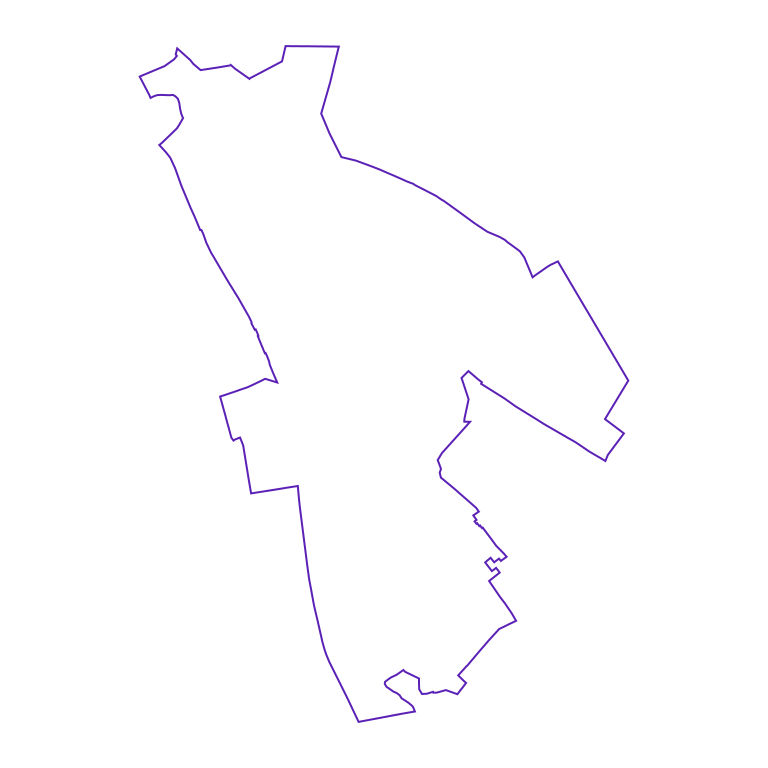 Dobele, Dobele, Latvia
{"feature_id": "27541924B14429265035734", "entity_name": "Dobele", "entity_type": "district", "adm_level": 2, "iso_a3": "LVA", "parent_name": "Latvia", "parent_adm1": "Dobele", "projection": "albers", "projection_center": [23.281, 56.623], "detail": "fine", "context": "isolated", "style": "outline", "palette": "violet", "viewbox_px": 768, "rotation_deg": 0, "n_neighbors": 0, "source": "geoboundaries", "source_scale": "gbopen_adm2", "svg_char_len": 4277}
<svg xmlns="http://www.w3.org/2000/svg" viewBox="0 0 768 768"><path d="M607.8,455.0L623.9,433.4L605.0,419.1L607.5,415.0L608.8,412.8L617.6,398.3L628.3,380.6L592.3,319.7L580.8,300.3L571.1,283.9L568.7,279.8L559.8,264.7L559.6,264.4L557.9,261.4L552.8,263.8L550.8,264.7L547.2,266.9L535.2,275.3L532.6,277.3L524.3,257.4L519.8,251.2L511.4,245.0L507.6,242.3L504.9,239.9L499.3,236.8L490.1,232.9L488.6,232.3L488.1,232.1L487.8,231.9L487.3,231.7L474.3,223.1L461.1,213.4L443.2,200.5L442.0,200.0L436.0,195.9L424.6,190.0L415.2,185.2L413.8,184.2L413.2,183.8L409.1,182.3L406.6,181.3L399.7,178.2L385.8,172.2L379.9,169.6L371.9,166.5L355.9,160.6L341.4,157.1L329.5,133.4L321.2,113.6L330.3,81.9L334.1,65.7L338.8,46.6L310.7,46.3L293.4,46.2L285.6,46.1L282.0,61.4L249.9,78.3L249.5,78.9L236.6,69.8L235.5,69.1L230.7,64.9L230.3,65.4L217.0,67.6L200.6,70.1L193.3,63.9L190.2,60.0L177.2,48.4L175.7,54.5L176.9,55.9L174.0,59.4L171.6,61.1L168.1,63.6L164.6,66.1L143.6,74.9L139.7,76.6L149.3,95.0L150.0,96.6L150.1,96.9L150.5,97.9L154.0,96.2L157.3,95.1L161.8,94.9L165.5,95.1L169.9,95.2L172.9,94.9L175.4,96.3L177.9,98.8L179.3,103.1L180.1,108.8L181.3,113.9L182.8,117.6L183.1,118.0L182.2,119.6L179.2,124.9L176.8,128.5L167.4,137.6L162.1,142.7L159.3,145.0L165.7,152.0L169.1,156.2L170.4,158.0L172.4,162.3L174.2,166.3L174.9,167.6L181.2,185.3L190.3,207.2L194.8,217.1L200.2,230.1L201.4,230.0L203.2,233.8L206.3,242.7L209.4,249.2L211.2,252.9L213.4,256.5L218.9,265.9L227.9,281.2L238.5,298.3L246.2,311.9L248.9,316.6L251.6,322.2L251.4,323.4L251.5,323.5L254.0,328.3L254.8,329.8L255.7,329.4L257.1,332.5L258.4,335.8L257.8,336.1L259.3,339.9L261.2,344.4L261.3,344.8L263.0,348.7L263.3,349.6L264.9,353.3L265.6,353.0L267.1,356.2L269.1,361.5L269.9,365.2L270.6,366.8L273.3,373.5L276.4,380.6L277.2,382.5L265.2,378.8L262.2,380.3L259.6,381.6L256.2,383.2L255.0,383.8L253.7,384.4L251.2,385.6L247.4,387.3L245.4,388.0L240.0,389.8L236.7,391.0L232.3,392.5L230.7,393.0L229.0,393.6L225.8,394.7L222.7,395.7L220.1,396.6L222.6,405.5L223.1,407.4L224.1,411.0L225.5,416.0L226.1,418.4L227.6,423.9L228.3,426.3L229.3,430.0L230.2,433.4L231.4,437.7L233.5,440.6L234.7,439.7L240.0,437.5L241.6,441.4L243.2,445.5L244.6,454.1L247.5,472.0L248.6,478.8L251.1,493.4L280.2,488.8L286.8,487.7L297.8,486.0L299.0,499.1L299.2,501.1L299.9,507.5L300.0,508.3L303.2,533.5L306.0,555.5L306.9,562.8L309.1,578.9L310.0,583.7L311.0,589.0L313.5,602.7L314.1,605.8L315.1,610.1L315.7,612.7L317.6,620.7L322.6,642.7L324.6,649.7L326.1,654.2L329.1,661.4L330.0,663.4L330.3,663.9L347.4,698.2L358.6,721.9L362.2,721.2L401.5,713.8L413.2,711.8L414.1,711.6L414.9,711.5L413.3,707.6L412.9,706.9L412.5,706.2L408.5,702.8L401.6,698.3L399.6,695.2L396.6,693.0L393.2,691.5L389.6,688.9L386.5,686.8L384.8,683.9L385.0,681.9L387.8,679.7L390.9,677.5L396.6,674.8L403.4,670.0L405.1,671.8L419.0,678.5L419.0,683.8L419.2,689.3L422.0,694.0L427.0,693.7L433.0,691.8L433.3,692.7L436.5,692.7L445.8,690.1L446.2,690.2L449.8,691.5L453.8,692.9L457.4,694.2L460.9,689.6L462.0,688.3L465.5,683.7L466.1,683.0L463.2,680.3L458.2,675.4L461.6,671.6L465.7,667.1L466.1,666.5L467.2,665.7L476.4,654.8L482.2,648.0L489.2,639.9L498.0,630.3L499.0,629.1L502.7,627.3L503.8,626.8L508.2,624.6L513.9,621.9L516.1,620.8L511.4,612.8L510.9,612.1L505.1,603.6L502.0,599.5L500.2,597.2L489.1,581.0L499.7,572.6L499.0,571.7L496.1,567.9L491.9,571.1L490.5,569.3L486.0,563.5L485.2,562.4L489.5,558.7L490.6,557.8L494.2,562.3L499.0,558.6L500.9,560.9L506.6,556.8L503.9,553.6L496.2,545.8L493.3,541.8L482.7,527.6L482.0,528.1L481.5,527.5L481.0,526.8L480.5,526.1L480.1,525.5L479.8,525.7L479.3,526.1L478.8,525.4L478.3,524.7L477.8,524.1L477.3,523.4L477.0,523.7L476.7,523.9L476.1,523.4L475.1,522.0L474.6,521.4L475.1,521.0L475.5,520.7L476.0,520.3L476.5,519.9L475.8,518.9L475.0,517.7L474.4,517.0L473.9,516.2L473.3,515.4L477.1,512.8L477.6,512.4L478.0,512.1L478.6,511.7L478.8,511.6L478.2,510.8L477.7,510.0L477.2,509.3L476.3,508.0L454.3,488.7L440.9,477.6L439.7,472.6L441.0,469.0L440.3,467.0L438.3,461.6L437.7,460.1L442.0,453.0L466.8,425.5L470.0,421.8L464.3,421.7L464.3,419.8L464.7,417.5L466.7,408.3L468.6,399.3L462.4,380.5L461.5,378.0L468.4,371.1L472.7,374.7L477.9,379.2L481.9,382.3L481.1,383.8L504.7,398.6L515.3,406.2L537.0,419.6L544.4,424.3L555.5,430.7L568.8,438.4L575.5,442.2L581.0,445.9L588.9,451.3L605.4,461.0L607.8,455.0Z" fill="none" stroke="#5b21b6" stroke-width="2"/></svg>